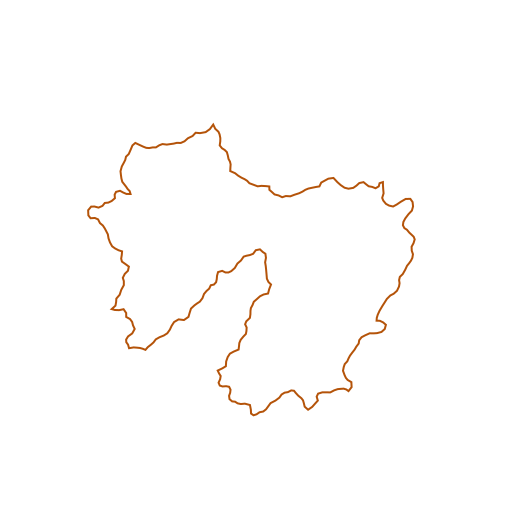 Santa Maria de Itabira, Minas Gerais, Brazil (Natural Earth projection), rotated 52°
{"feature_id": "56859067B20369647049217", "entity_name": "Santa Maria de Itabira", "entity_type": "district", "adm_level": 2, "iso_a3": "BRA", "parent_name": "Brazil", "parent_adm1": "Minas Gerais", "projection": "natural_earth1", "projection_center": [-43.042, -19.431], "detail": "fine", "context": "isolated", "style": "outline", "palette": "amber", "viewbox_px": 512, "rotation_deg": 52, "n_neighbors": 0, "source": "geoboundaries", "source_scale": "gbopen_adm2", "svg_char_len": 4632}
<svg xmlns="http://www.w3.org/2000/svg" viewBox="0 0 512 512"><g transform="rotate(52 256 256)"><path d="M414.1,258.5L410.1,260.1L407.3,260.2L404.3,259.5L400.0,258.1L397.5,255.2L395.8,252.6L395.2,248.9L393.7,246.2L392.4,243.3L391.4,239.7L390.5,236.0L389.2,232.8L388.2,229.0L385.9,226.5L385.0,222.8L385.7,218.9L386.9,214.0L389.6,210.6L391.3,208.1L393.1,203.9L392.8,199.5L390.2,196.0L386.6,196.7L383.3,198.3L381.2,200.8L379.1,198.9L377.2,196.2L375.2,192.3L373.2,187.2L371.8,183.2L370.4,179.3L369.8,174.4L370.5,170.8L370.2,166.3L368.1,162.1L365.8,159.6L363.1,158.1L361.0,155.5L360.6,151.5L358.7,146.9L356.7,143.0L356.0,139.9L355.1,136.8L353.7,133.9L351.2,131.2L347.7,130.0L344.5,127.7L342.9,124.0L340.6,120.7L337.9,119.9L335.1,120.3L332.0,120.8L328.2,120.9L325.4,121.9L322.2,121.3L319.9,118.9L318.3,115.3L316.9,110.0L316.2,105.2L313.6,101.7L309.9,99.4L306.0,99.2L303.2,102.9L302.4,108.6L302.1,113.3L301.4,117.5L298.2,120.1L294.9,121.5L290.7,121.6L287.9,120.8L285.2,116.9L281.8,114.7L278.7,112.6L275.9,110.5L274.7,113.8L276.7,116.4L276.2,120.1L273.1,121.9L270.4,124.3L267.2,125.1L264.0,125.8L262.1,129.7L262.4,133.5L262.2,137.4L259.9,141.7L256.7,144.2L252.3,145.6L247.9,146.4L242.2,146.9L239.6,151.4L239.0,155.0L238.3,159.4L240.2,163.2L238.7,165.9L236.9,169.5L235.1,173.2L234.2,176.4L233.9,179.7L233.1,183.4L231.4,188.0L230.1,192.2L227.1,195.6L225.8,199.2L222.2,200.9L218.9,203.5L215.2,204.1L212.1,204.7L209.4,202.7L207.0,205.2L204.1,208.5L202.1,211.8L198.5,214.0L194.6,216.4L191.2,216.7L188.4,217.7L185.4,219.2L181.7,220.6L177.9,221.5L173.2,224.0L170.3,221.5L168.2,219.6L165.6,218.4L162.6,217.9L159.4,216.3L156.2,215.0L153.1,215.4L150.1,216.5L146.5,216.5L143.7,213.6L141.1,211.5L137.7,209.8L135.0,209.1L130.7,209.8L126.1,208.8L127.6,214.2L127.4,219.4L124.7,224.5L121.7,227.7L122.4,232.1L121.3,237.1L121.6,241.7L120.6,245.7L118.1,248.7L116.8,251.6L115.3,254.2L113.3,257.7L110.2,260.8L109.2,264.0L108.8,268.0L106.8,270.6L105.2,273.7L103.2,275.9L100.5,277.5L96.4,279.6L92.6,281.5L92.8,285.3L95.1,289.4L97.3,293.5L97.7,297.3L99.8,299.9L101.2,302.9L102.8,306.6L105.8,310.6L108.9,312.5L112.0,314.3L115.2,315.7L118.4,315.7L121.3,315.7L124.2,315.9L127.1,315.6L129.9,316.7L127.3,319.9L124.2,321.6L120.9,323.0L119.3,326.8L120.6,329.6L123.6,331.6L123.8,335.9L123.0,339.5L121.1,342.5L122.0,346.1L120.9,350.3L117.6,352.8L115.6,355.5L116.6,360.1L120.8,363.1L124.4,363.1L126.8,359.6L129.9,357.9L134.0,358.7L137.7,357.9L141.3,358.2L144.0,358.7L147.7,359.4L151.4,361.4L155.4,362.7L159.8,363.4L163.3,362.4L166.8,360.8L169.9,358.7L172.5,361.1L175.1,363.9L177.9,365.1L181.8,363.9L186.1,362.7L188.8,366.0L189.3,370.4L191.2,374.4L194.4,375.6L197.6,378.1L199.7,383.0L202.6,387.3L203.6,392.3L206.1,394.5L208.6,397.3L209.0,402.4L211.6,400.5L214.4,397.2L216.4,393.1L221.0,393.4L224.1,395.8L228.1,394.1L231.7,394.2L234.9,395.6L238.8,396.5L240.8,401.2L240.6,406.3L241.9,409.8L244.1,411.3L247.1,411.4L250.5,412.8L252.7,408.7L254.8,406.4L257.0,404.1L259.3,402.4L261.9,400.9L261.2,397.4L261.2,393.1L261.0,390.0L260.0,386.3L260.6,382.1L261.9,377.6L262.3,373.5L261.0,369.2L259.1,365.5L257.6,361.2L258.3,356.0L262.1,352.2L262.4,346.7L260.0,343.4L257.4,339.6L257.0,334.8L257.1,331.6L257.4,328.4L256.3,324.2L253.9,320.3L253.1,316.5L252.9,313.0L251.2,309.6L252.6,306.8L252.1,303.6L250.1,301.2L247.6,298.9L245.3,295.8L246.9,291.8L250.2,290.2L252.0,287.9L252.7,284.8L252.4,280.1L250.5,275.3L250.3,270.7L248.9,266.1L249.9,263.4L251.5,260.2L252.5,256.9L251.3,252.6L253.2,248.8L257.0,248.2L260.0,247.2L263.6,249.3L266.6,252.7L269.9,254.5L273.1,256.5L276.8,258.9L280.6,261.4L284.2,262.2L287.7,261.7L290.3,266.1L293.0,269.6L291.0,273.7L290.2,277.6L290.5,281.9L290.7,285.9L292.5,288.9L293.9,292.1L295.8,294.1L298.5,296.3L301.0,298.9L301.5,303.9L303.1,306.6L306.6,307.4L309.3,309.8L311.2,312.0L311.7,315.5L312.6,319.6L314.3,322.7L316.3,324.6L319.0,327.3L317.6,332.4L316.9,336.7L318.2,340.5L320.7,344.4L324.3,347.6L323.8,351.8L322.7,356.7L325.8,357.4L328.8,357.7L331.0,360.1L332.8,363.5L335.8,364.3L338.2,362.7L340.2,359.7L342.5,357.7L345.7,358.4L347.9,360.6L349.6,363.3L352.5,365.0L355.9,364.3L357.9,362.2L360.8,361.2L363.3,359.1L365.5,355.7L369.7,352.5L374.0,354.7L377.1,356.9L380.0,356.0L381.1,353.0L381.3,349.4L383.0,346.1L383.0,342.5L382.1,339.3L380.9,335.1L381.9,329.7L382.0,324.8L380.9,321.1L381.3,317.6L382.9,314.7L383.6,311.0L385.6,309.0L388.3,309.0L392.1,308.7L396.0,307.8L398.7,307.8L401.4,308.9L404.7,310.4L409.2,309.6L409.5,304.6L408.7,300.3L408.0,296.3L404.2,294.8L402.7,291.8L404.3,287.6L406.7,284.5L409.2,281.5L410.0,277.1L411.2,273.6L412.8,271.1L414.5,268.6L416.8,267.0L419.4,266.3L418.2,261.4L414.1,258.5Z" fill="none" stroke="#b45309" stroke-width="2"/></g></svg>